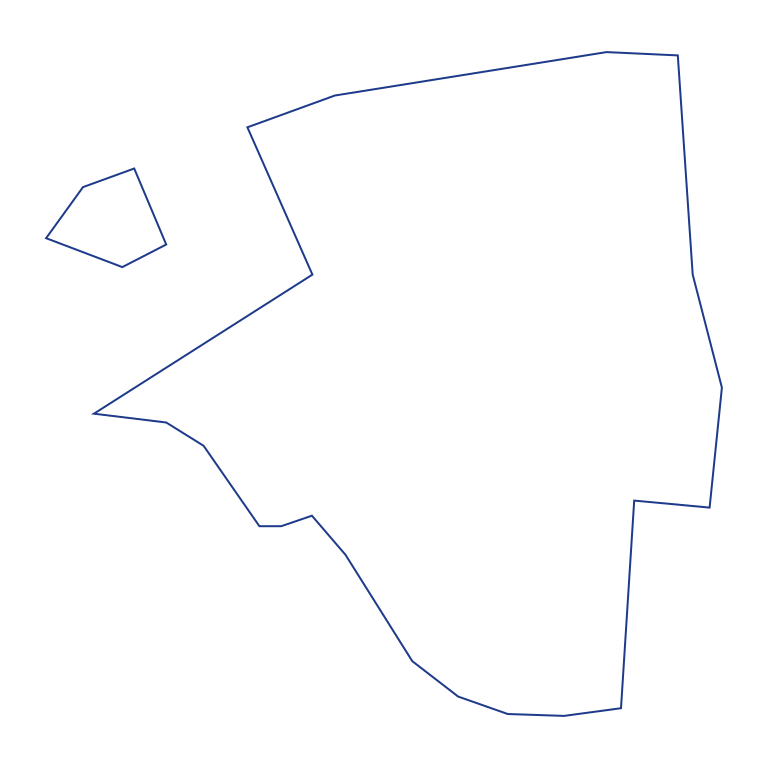 outline of A'ana
{"feature_id": "WSM-4985", "entity_name": "A'ana", "entity_type": "state/province", "adm_level": 1, "iso_a3": "WSM", "parent_name": "Samoa", "parent_adm1": "", "projection": "mercator", "projection_center": [-171.958, -13.906], "detail": "fine", "context": "isolated", "style": "outline", "palette": "blue", "viewbox_px": 768, "rotation_deg": 0, "n_neighbors": 0, "source": "natural_earth", "source_scale": "10m", "svg_char_len": 457}
<svg xmlns="http://www.w3.org/2000/svg" viewBox="0 0 768 768"><path d="M247.4,127.3L334.9,95.5L606.5,52.1L677.8,55.4L692.7,274.6L721.9,387.6L709.6,507.6L634.2,500.6L621.0,708.2L564.0,715.9L507.7,714.0L458.2,696.6L412.3,661.2L345.5,554.8L311.9,515.7L281.2,526.2L259.4,526.2L203.6,445.8L166.2,422.5L93.9,413.7L312.4,274.6L247.4,127.3ZM46.1,238.2L83.0,187.1L134.2,168.5L166.2,244.5L122.3,267.1L46.1,238.2Z" fill="none" stroke="#1e3a8a" stroke-width="2"/></svg>